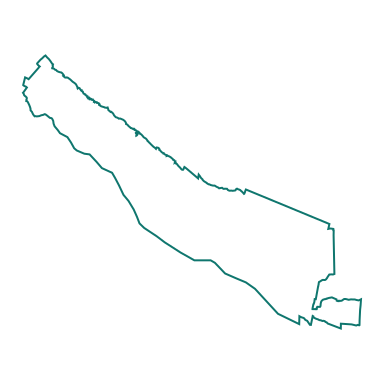 outline of Tifesti, Vrancea, Romania
{"feature_id": "2599482B98306126779163", "entity_name": "Tifesti", "entity_type": "district", "adm_level": 2, "iso_a3": "ROU", "parent_name": "Romania", "parent_adm1": "Vrancea", "projection": "orthographic", "projection_center": [27.087, 45.862], "detail": "fine", "context": "isolated", "style": "outline", "palette": "teal", "viewbox_px": 384, "rotation_deg": 0, "n_neighbors": 0, "source": "geoboundaries", "source_scale": "gbopen_adm2", "svg_char_len": 5708}
<svg xmlns="http://www.w3.org/2000/svg" viewBox="0 0 384 384"><path d="M299.2,324.1L299.4,316.2L300.1,316.6L301.5,317.3L303.4,317.9L304.1,318.3L304.5,318.7L304.9,319.5L305.9,320.2L307.2,320.8L309.9,324.8L310.9,324.9L312.7,316.0L313.4,316.4L313.5,317.4L315.7,318.6L318.3,319.5L319.3,320.1L320.8,320.3L322.4,321.0L323.3,320.8L324.7,321.1L325.5,322.0L326.6,322.3L327.7,323.5L340.8,328.5L340.9,323.7L351.6,324.4L356.2,325.5L357.7,324.9L359.2,325.3L359.5,325.1L359.6,320.2L360.1,309.9L360.6,305.2L361.0,299.3L358.7,300.4L356.5,300.0L354.9,299.5L350.8,299.4L348.7,299.8L346.5,299.2L345.5,299.0L344.4,299.0L343.8,299.2L342.3,300.3L341.7,300.7L340.3,300.9L338.8,300.7L338.6,300.8L338.6,301.1L337.9,301.1L336.7,300.7L336.5,299.4L331.9,297.4L329.1,297.9L326.6,298.6L326.6,298.8L325.5,299.1L324.9,299.1L323.0,299.7L321.7,300.8L321.1,301.9L320.7,303.7L320.5,306.0L320.1,306.8L319.7,306.9L317.3,306.8L317.0,307.3L316.8,308.8L316.3,308.8L316.3,309.2L312.5,309.1L312.5,308.7L312.8,307.1L313.4,304.2L313.7,304.0L314.4,301.8L314.4,301.3L314.6,300.0L314.7,299.1L315.8,299.2L318.1,286.5L318.2,286.4L318.4,285.1L318.6,284.6L318.7,283.2L319.0,282.1L319.1,281.9L319.7,281.7L322.0,280.2L322.9,279.9L324.9,280.0L325.4,279.8L326.2,279.2L326.8,278.2L327.1,278.0L327.8,276.6L328.3,276.0L328.9,275.1L329.2,274.6L329.5,274.5L331.7,274.4L333.0,274.5L334.4,274.0L333.6,235.3L333.7,230.4L333.3,230.3L333.3,228.9L330.5,228.5L329.6,228.5L328.9,228.8L328.3,228.9L329.4,224.0L245.9,189.5L245.3,190.9L245.0,192.0L244.3,193.7L244.0,193.9L243.0,192.7L241.8,191.5L240.8,190.7L240.3,190.1L239.2,189.6L237.9,189.2L237.2,188.7L236.5,188.8L235.9,189.5L235.5,190.3L235.0,190.5L232.6,190.8L231.4,190.6L229.4,190.7L228.7,190.4L227.9,190.0L227.0,188.8L224.8,188.7L223.9,188.9L223.2,188.7L222.1,187.8L221.3,187.9L219.1,188.3L218.9,188.1L218.4,187.6L217.8,187.4L216.4,186.7L214.7,185.6L213.0,185.6L210.6,185.0L209.4,184.3L208.6,184.3L206.8,183.2L206.7,182.9L206.0,182.5L205.8,182.3L204.7,181.7L203.7,181.0L202.6,179.8L202.4,179.2L202.0,178.9L200.9,177.8L199.8,176.0L198.7,174.6L198.1,178.4L187.5,169.4L185.3,167.6L184.4,167.0L183.3,169.5L183.0,169.8L182.0,169.7L181.2,169.0L180.0,167.5L178.5,166.1L176.8,163.9L176.3,163.5L175.8,163.5L175.7,163.4L175.9,163.0L175.5,162.3L175.3,162.1L174.8,162.5L174.9,162.0L175.3,161.3L174.7,161.1L174.3,160.2L173.1,159.8L172.8,159.0L172.2,158.5L171.7,158.2L171.4,157.9L170.8,157.3L169.1,156.3L168.3,156.1L167.6,155.6L166.6,156.0L166.6,155.8L166.9,155.3L166.8,155.1L166.2,155.0L165.3,154.7L164.0,153.8L163.9,153.4L163.3,153.5L163.2,153.3L163.2,153.0L161.8,152.3L159.9,150.2L159.4,149.9L159.6,149.6L159.5,149.2L158.9,148.6L158.8,148.2L158.4,147.9L157.9,147.7L156.7,147.5L156.1,148.7L156.0,148.9L155.9,148.8L155.1,147.9L153.5,146.8L150.8,144.2L150.3,143.6L148.6,142.0L148.3,141.4L147.6,141.1L147.4,140.5L146.4,139.1L145.9,138.6L143.6,137.2L143.0,136.3L141.2,134.3L140.1,133.9L139.8,133.1L139.0,132.4L138.5,131.7L138.2,131.6L138.1,132.0L138.2,132.5L137.8,133.8L137.4,134.6L136.9,135.3L136.5,135.6L136.3,135.7L136.3,135.3L136.5,134.7L137.0,134.1L137.1,133.6L136.9,133.1L136.2,133.3L135.9,133.2L135.8,132.9L136.8,131.7L137.0,131.4L137.0,131.2L136.1,130.4L134.8,130.0L134.8,129.5L134.7,129.4L134.0,128.7L133.8,128.7L133.4,129.1L133.2,129.0L132.4,128.7L131.6,128.1L130.7,128.0L130.2,127.4L128.6,126.1L127.5,124.8L127.0,124.4L126.1,124.1L126.0,123.1L125.5,122.0L124.6,120.9L123.2,119.8L120.4,118.6L119.8,118.5L118.9,118.7L118.7,118.6L118.1,118.1L117.4,117.7L115.8,117.2L115.0,116.4L114.1,115.4L113.1,113.5L111.3,111.8L110.5,112.0L110.1,111.4L108.7,110.4L108.4,110.1L108.1,108.7L107.7,107.7L107.3,108.1L106.5,107.7L105.1,107.7L104.5,107.3L101.2,106.3L100.1,105.6L99.8,105.0L99.2,105.0L99.1,104.6L99.4,104.2L98.9,103.9L98.9,103.4L98.1,103.0L96.8,102.9L96.6,102.7L96.7,102.2L96.2,102.1L96.0,102.3L95.4,102.0L95.0,102.2L95.0,101.7L94.5,101.4L94.0,101.6L94.1,100.8L93.1,100.2L92.9,99.5L92.7,99.5L92.3,99.9L91.7,99.8L91.4,99.0L90.7,98.7L90.1,99.3L89.8,99.3L89.8,98.9L89.9,98.3L89.0,97.5L88.6,97.8L88.6,98.6L88.3,98.6L87.9,98.0L87.8,97.6L87.4,97.5L87.3,97.4L87.5,96.9L87.5,96.3L86.8,96.1L86.5,95.5L86.1,95.5L85.8,95.1L85.3,94.9L85.2,94.7L85.2,94.3L83.6,93.6L83.3,93.0L83.0,92.3L82.8,92.1L82.8,91.6L82.2,91.2L81.8,91.1L81.6,90.8L81.6,90.4L81.2,90.5L80.9,90.4L80.6,89.6L80.2,89.3L79.5,88.1L79.1,88.0L78.8,88.1L78.5,87.8L78.1,87.6L77.6,88.3L77.5,88.1L77.4,87.1L76.1,84.5L75.7,84.0L74.4,82.9L72.6,81.7L70.3,79.5L67.8,77.7L66.8,77.4L66.4,77.6L66.0,77.5L65.2,77.6L63.8,76.5L63.2,75.9L63.9,75.4L63.8,75.2L63.2,74.5L62.6,73.6L61.4,72.5L60.7,72.4L59.1,72.0L57.7,71.4L57.1,71.1L56.2,70.1L55.9,69.9L55.5,69.9L54.9,69.6L54.1,68.8L53.3,68.4L52.8,68.3L52.3,68.4L52.1,68.1L52.8,66.8L52.9,65.9L52.6,65.3L52.6,65.1L53.0,64.3L52.0,63.5L50.5,61.2L48.9,59.1L46.9,57.2L45.5,55.5L44.1,56.4L42.2,58.3L40.6,59.6L37.4,63.1L37.1,63.6L37.1,63.8L37.7,64.6L38.2,65.2L39.7,66.5L39.1,67.0L38.6,67.8L28.6,79.2L27.3,78.4L25.1,77.4L23.2,85.1L23.6,85.5L24.6,86.1L26.0,86.7L26.9,87.5L23.4,92.4L23.0,92.8L23.8,93.9L24.0,94.9L24.2,95.1L24.7,95.8L25.6,96.4L26.7,97.6L26.8,98.8L26.4,99.6L26.3,101.1L27.1,101.2L27.8,102.0L29.2,104.9L30.1,107.2L30.5,108.7L30.6,110.4L31.9,111.8L32.9,114.0L33.9,115.5L34.7,116.3L35.1,116.1L36.8,116.4L39.3,116.1L41.2,115.3L43.4,114.8L44.5,114.2L45.5,114.4L47.0,115.5L49.8,117.8L51.6,118.2L52.4,119.2L53.2,120.9L53.6,123.7L54.6,126.3L57.8,130.1L60.0,133.2L67.4,137.1L71.0,142.5L74.2,148.3L76.8,150.5L84.3,153.7L89.6,154.4L96.5,161.8L101.9,168.1L112.1,172.8L115.1,178.0L119.0,185.4L123.5,194.9L128.5,200.9L133.7,209.5L137.0,216.9L139.5,223.4L144.1,227.9L156.6,236.2L164.8,242.4L180.5,252.5L194.3,260.3L210.6,260.3L214.9,262.8L225.1,273.5L236.1,278.3L245.9,282.4L255.0,288.8L278.0,313.8L299.2,324.1Z" fill="none" stroke="#0f766e" stroke-width="2"/></svg>